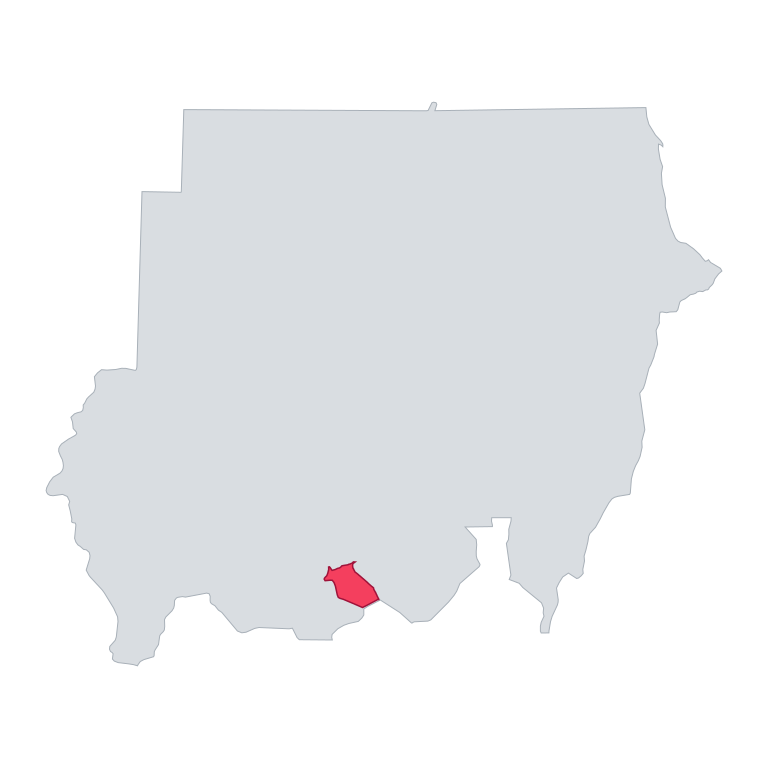 Keilak, South Kordufan, Sudan (highlighted)
{"feature_id": "16777658B16982967361933", "entity_name": "Keilak", "entity_type": "district", "adm_level": 2, "iso_a3": "SDN", "parent_name": "Sudan", "parent_adm1": "South Kordufan", "projection": "orthographic", "projection_center": [29.554, 10.642], "detail": "fine", "context": "in_parent", "style": "filled", "palette": "rose", "viewbox_px": 768, "rotation_deg": 0, "n_neighbors": 0, "source": "geoboundaries", "source_scale": "gbopen_adm2", "svg_char_len": 5532}
<svg xmlns="http://www.w3.org/2000/svg" viewBox="0 0 768 768"><path d="M548.9,632.9L541.2,633.0L540.4,631.2L540.4,626.1L541.2,622.3L544.0,616.2L543.2,612.9L543.6,608.1L541.5,602.8L522.8,587.5L519.2,583.3L509.2,579.5L510.9,575.1L506.4,543.4L508.4,539.7L508.9,534.2L508.8,529.3L511.0,521.1L511.2,517.7L491.7,517.7L491.5,521.2L492.4,525.1L492.4,526.6L465.1,527.0L476.2,539.4L476.7,544.8L476.2,551.6L476.3,556.0L477.0,558.8L480.0,564.4L479.8,565.4L479.1,566.7L459.9,583.5L456.7,591.2L454.1,595.3L448.5,602.1L430.8,619.9L427.9,621.1L414.4,621.8L413.1,622.3L412.0,623.1L411.4,622.9L399.8,612.5L380.3,600.0L367.4,606.6L363.8,609.0L363.8,615.0L361.8,618.1L358.3,621.4L348.8,623.5L343.8,625.3L337.9,628.7L332.1,634.4L331.7,637.3L332.3,640.0L299.3,639.7L297.1,637.6L292.4,628.2L289.1,628.8L259.0,627.5L254.7,628.4L246.1,632.2L241.8,632.8L237.4,631.0L221.8,612.4L218.4,610.1L214.9,605.7L211.5,603.7L210.4,602.3L210.1,600.3L210.2,596.3L209.1,593.7L206.6,593.1L185.5,597.1L182.4,596.6L178.0,597.3L176.4,598.0L174.6,600.4L174.3,605.5L173.7,608.0L172.0,610.8L165.9,616.9L164.5,619.6L164.7,626.5L164.3,630.0L163.3,631.6L160.7,634.2L159.7,635.8L158.5,644.6L155.1,649.9L154.3,651.7L154.1,655.6L153.6,656.7L143.9,659.6L140.3,661.5L138.1,664.5L137.5,665.8L133.4,664.6L128.2,663.8L118.2,662.6L114.3,661.1L112.4,659.0L113.1,653.7L112.1,652.5L110.5,651.5L109.5,649.2L109.8,646.4L115.2,640.3L116.3,637.0L118.0,621.5L117.6,616.8L113.6,608.0L104.3,592.8L102.1,589.8L90.4,577.2L89.0,575.4L86.2,570.1L89.7,558.7L90.0,555.6L89.2,552.3L86.3,549.8L83.6,549.4L80.1,546.3L77.9,544.9L75.9,542.1L74.6,538.3L75.9,524.9L75.3,523.1L72.2,522.5L71.6,521.5L71.8,519.0L70.3,511.2L68.7,504.9L69.7,501.4L67.3,496.5L62.6,494.4L53.1,495.7L50.1,495.4L48.1,494.4L46.8,492.7L46.1,490.6L46.8,487.5L49.7,481.8L53.2,477.2L60.1,473.1L62.0,470.9L63.1,468.4L63.4,465.5L63.0,462.4L62.3,459.6L60.4,455.8L58.7,451.4L58.8,448.5L59.7,446.4L61.6,443.9L68.5,439.1L75.5,435.2L76.7,433.7L76.3,432.0L73.2,428.5L72.5,421.9L70.9,417.3L74.4,413.9L77.1,412.8L81.1,411.8L82.7,410.4L83.3,407.6L83.2,405.0L84.7,403.1L86.8,398.9L88.5,397.0L93.8,392.2L95.1,389.0L95.5,386.0L94.4,376.7L97.5,372.9L101.5,369.7L107.0,370.1L115.7,369.5L121.6,368.3L125.8,368.4L135.3,370.4L136.3,369.6L136.9,367.2L142.0,191.6L180.8,192.3L181.3,192.0L183.8,109.6L426.1,110.8L428.1,110.5L431.9,102.8L433.5,102.2L436.0,102.7L436.8,104.5L434.9,110.7L645.9,107.6L646.8,116.9L648.9,124.4L655.4,135.0L660.7,140.7L662.7,143.8L662.9,145.3L662.8,146.7L661.2,145.1L658.5,144.1L658.4,149.1L660.1,159.4L662.6,166.6L661.4,173.4L662.1,184.7L665.4,198.3L665.3,207.0L670.6,227.2L675.5,238.4L678.0,241.1L680.7,242.5L685.9,243.3L693.7,248.9L700.0,254.8L702.3,257.9L705.3,261.3L707.3,260.7L708.5,259.7L710.6,262.5L720.4,268.3L721.9,271.0L718.6,273.9L714.9,278.8L713.2,283.3L712.2,284.7L709.2,287.6L708.7,289.0L707.4,289.9L705.9,289.9L702.7,291.6L699.7,291.2L696.8,292.1L695.8,293.2L693.4,294.1L690.3,294.7L685.4,298.6L681.2,300.6L679.8,302.1L677.8,309.7L676.2,311.7L669.8,312.0L666.6,312.7L662.3,312.0L660.2,312.2L659.7,313.8L659.2,320.2L659.4,323.0L656.1,330.4L657.6,344.1L654.4,354.5L654.0,356.8L650.7,365.1L649.0,368.1L645.0,383.5L643.4,388.2L639.7,393.2L644.8,429.8L641.8,441.1L642.1,447.3L640.1,456.4L638.4,460.6L635.6,465.7L633.3,471.4L631.4,478.9L630.3,493.1L629.6,494.4L618.0,496.3L614.3,497.4L611.9,499.0L609.0,502.7L603.2,512.8L600.2,518.9L595.5,527.3L589.9,533.4L588.7,536.2L587.9,541.6L585.9,550.1L584.1,556.1L584.5,561.0L582.8,569.4L583.2,573.4L581.2,575.8L578.5,578.0L576.7,578.5L568.4,573.1L562.7,577.0L559.2,582.5L556.5,588.0L558.2,599.6L558.1,602.2L557.4,605.0L552.1,616.4L550.5,621.7L549.0,630.8L548.9,632.9Z" fill="#d9dde1" stroke="#a8b0b8" stroke-width="1"/><path d="M363.3,578.8L363.2,578.8L362.9,578.6L362.2,577.9L361.8,577.6L361.7,577.5L361.0,576.9L360.5,576.4L360.1,576.1L359.5,575.6L359.2,575.4L358.8,575.1L358.5,574.7L358.2,574.5L358.0,574.3L357.5,573.9L356.9,573.4L356.2,572.9L356.0,572.7L355.2,572.1L354.9,571.9L354.8,571.7L354.7,571.4L354.5,571.0L354.5,570.9L354.2,570.5L354.1,570.2L353.8,569.7L353.7,569.6L353.7,569.2L353.4,568.8L353.2,568.6L353.2,568.4L353.1,568.2L352.8,567.8L352.8,567.7L352.8,567.1L352.7,566.8L352.6,565.7L352.6,565.3L352.7,565.0L352.7,564.9L352.8,563.9L353.0,563.6L353.6,563.1L353.9,562.9L355.1,562.0L353.4,561.9L352.9,562.3L352.0,563.2L351.1,563.5L349.9,564.1L348.9,564.2L347.9,564.8L344.0,565.4L341.9,565.8L340.7,567.1L339.6,567.9L337.5,568.4L335.3,569.5L332.1,570.4L331.1,569.0L330.1,567.5L329.4,566.8L328.6,567.0L328.7,569.4L327.8,573.1L326.8,575.7L325.3,577.2L324.4,578.3L324.2,579.2L325.1,580.7L330.3,580.2L332.3,580.3L334.0,582.5L335.4,586.1L337.3,594.9L338.3,597.4L340.1,598.4L343.3,599.3L352.5,603.2L362.5,607.5L366.1,605.7L371.2,603.0L374.1,601.5L377.6,599.6L377.8,599.6L378.6,599.6L379.4,599.6L379.0,599.4L378.5,598.8L378.4,598.4L378.2,598.3L378.1,598.2L378.0,597.7L377.9,597.4L377.8,597.2L377.5,596.7L377.2,596.2L377.1,595.8L377.0,595.6L376.9,595.5L376.7,594.8L376.3,594.2L376.2,593.9L376.0,593.5L376.0,593.4L375.9,593.2L375.8,592.9L375.6,592.6L375.5,592.2L375.3,592.1L375.2,592.0L375.2,591.9L374.9,591.4L374.8,591.2L374.5,590.6L374.4,590.5L374.4,590.4L374.2,590.1L374.1,589.9L374.0,589.7L373.9,589.5L373.7,589.3L373.7,589.2L373.6,588.0L372.8,587.2L372.6,587.1L372.2,586.7L371.9,586.6L371.7,586.4L369.1,584.1L368.3,583.4L368.2,583.3L367.7,582.8L367.7,582.7L367.3,582.3L367.1,582.2L366.9,582.1L366.6,581.7L366.2,581.5L366.1,581.3L364.6,580.0L364.5,579.9L364.4,579.8L364.3,579.7L364.2,579.6L363.5,579.1L363.4,578.9L363.3,578.8Z" fill="#f43f5e" stroke="#9f1239" stroke-width="1.5"/></svg>